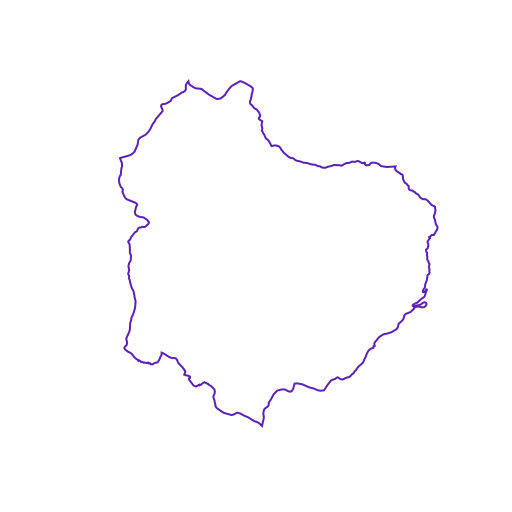 outline of Mutiscua, Norte de Santander, Colombia, rotated 35°
{"feature_id": "7082276B67639044969087", "entity_name": "Mutiscua", "entity_type": "district", "adm_level": 2, "iso_a3": "COL", "parent_name": "Colombia", "parent_adm1": "Norte de Santander", "projection": "albers", "projection_center": [-72.759, 7.314], "detail": "fine", "context": "isolated", "style": "outline", "palette": "violet", "viewbox_px": 512, "rotation_deg": 35, "n_neighbors": 0, "source": "geoboundaries", "source_scale": "gbopen_adm2", "svg_char_len": 6132}
<svg xmlns="http://www.w3.org/2000/svg" viewBox="0 0 512 512"><g transform="rotate(35 256 256)"><path d="M413.1,235.4L413.1,233.3L411.7,229.6L412.7,225.7L412.9,223.1L411.6,219.5L411.7,218.3L412.0,217.3L414.8,213.2L415.1,210.8L415.6,209.1L415.6,206.9L416.1,206.0L418.4,204.0L421.3,202.9L422.2,202.3L423.1,201.3L423.6,200.0L423.6,198.5L423.0,197.4L422.4,197.0L421.9,196.8L420.6,197.2L419.6,198.5L418.7,201.3L417.8,202.6L415.9,204.5L414.6,206.4L413.9,207.1L413.0,207.0L412.6,206.5L412.6,206.1L413.4,204.0L414.8,201.7L415.9,196.8L417.3,192.8L416.9,190.9L415.9,188.2L415.5,186.0L415.2,185.5L414.8,185.6L414.8,187.5L414.3,189.2L413.7,189.8L413.3,189.7L412.6,188.7L412.3,186.9L412.5,185.4L412.2,184.4L410.9,182.3L409.8,177.8L407.5,173.2L408.0,171.3L407.7,170.1L406.5,168.8L405.7,167.3L403.8,165.8L402.9,163.2L402.3,162.8L401.2,162.5L400.2,161.4L398.4,160.9L396.6,158.0L395.6,157.5L394.9,155.9L394.1,155.2L392.8,154.6L391.8,153.6L391.8,152.6L392.1,151.9L392.2,150.9L391.4,149.7L391.4,148.8L390.3,147.5L389.0,146.7L388.4,145.9L388.1,143.5L388.4,141.7L387.9,141.4L387.1,141.4L386.9,141.1L387.6,140.0L387.9,138.0L389.7,136.7L389.1,131.3L389.2,130.3L388.4,128.7L387.8,127.9L385.1,126.8L381.6,123.5L379.3,122.1L378.5,120.7L378.2,118.3L377.3,117.0L377.1,115.9L375.5,114.4L374.4,112.9L370.4,113.5L365.0,112.2L363.3,112.1L362.1,112.4L360.2,113.7L358.1,114.0L356.9,113.9L353.4,112.6L351.3,113.0L349.8,112.6L349.0,112.5L348.0,112.9L347.3,112.6L346.7,112.6L344.6,113.7L343.4,113.7L342.4,113.1L340.9,111.1L339.4,111.0L337.7,110.5L336.0,110.6L333.3,109.3L332.1,108.5L331.1,107.0L329.5,105.5L328.8,105.4L327.3,106.0L326.5,105.6L323.0,105.9L320.7,105.4L319.3,104.0L318.9,102.6L312.1,108.1L310.6,108.8L306.9,110.6L303.5,110.3L300.6,111.1L298.5,112.2L297.0,113.7L296.5,114.8L296.7,116.4L294.6,118.3L293.5,118.6L292.6,118.5L291.9,117.3L291.6,117.2L291.2,117.3L290.3,118.6L289.4,119.1L286.0,119.4L284.7,119.9L283.0,122.2L280.5,123.6L279.3,125.8L278.3,126.8L277.1,127.6L276.2,128.9L274.3,133.0L271.4,134.2L270.3,135.2L267.7,136.6L266.8,138.1L265.9,139.1L265.4,139.9L263.6,141.7L262.3,143.9L259.5,145.6L256.8,145.9L255.1,146.9L252.1,147.3L250.2,148.5L248.0,149.5L244.8,150.4L241.4,152.3L238.2,153.1L234.6,154.6L233.3,154.9L230.6,154.6L227.5,156.0L224.6,156.0L219.5,155.4L215.3,154.2L214.4,153.6L212.0,153.0L209.6,153.7L207.8,154.7L205.7,157.1L200.8,154.5L198.8,154.0L196.9,154.1L193.8,152.4L193.3,151.9L191.6,151.4L189.9,150.3L188.8,150.0L188.1,147.9L185.4,145.6L183.8,142.0L181.5,142.2L179.7,142.0L179.2,141.4L179.1,140.4L179.3,139.3L179.0,138.6L176.4,136.8L172.7,135.6L169.8,135.9L166.1,134.8L164.1,134.7L162.4,133.0L162.0,130.8L161.2,129.4L160.7,127.5L159.6,126.0L159.6,125.1L157.9,121.3L156.8,120.3L154.0,120.1L147.4,120.7L143.9,121.4L142.7,121.9L138.6,130.6L138.1,133.4L138.0,139.9L138.2,141.9L137.3,145.3L136.7,147.1L135.4,148.6L133.6,150.0L125.1,150.8L117.5,150.6L115.8,150.4L114.8,150.7L110.4,153.3L107.4,153.6L103.2,153.6L101.5,152.7L100.4,151.6L100.2,153.5L100.5,156.3L103.1,160.0L103.1,161.3L102.5,163.5L101.6,164.3L99.9,168.9L96.7,174.8L96.7,175.9L97.2,177.6L95.3,182.1L94.2,183.6L92.6,184.9L91.9,186.3L92.0,187.0L92.5,188.0L95.6,189.8L96.4,191.0L95.4,201.3L95.8,203.8L95.7,207.4L96.6,212.6L96.6,216.7L95.9,220.2L93.7,224.5L93.0,226.7L93.0,228.4L95.1,232.6L96.6,239.6L96.4,242.1L95.5,244.7L94.3,246.6L88.4,253.8L92.8,256.8L94.7,259.1L95.5,261.4L98.7,267.2L98.7,268.8L99.3,270.8L100.0,272.0L101.6,274.0L102.8,275.1L105.7,277.0L107.4,277.2L108.9,278.0L109.5,279.1L109.5,279.8L113.0,282.1L115.3,283.3L117.5,283.7L126.4,281.6L128.1,281.6L129.2,282.0L129.6,284.5L131.6,289.6L133.3,291.1L134.8,291.3L137.5,290.9L141.9,288.9L145.8,288.8L148.6,289.6L149.2,290.2L149.4,291.8L148.5,295.6L147.4,296.8L146.1,297.3L145.7,298.3L144.0,299.8L143.6,301.0L144.2,304.1L143.3,305.8L143.1,307.7L142.9,312.5L143.5,314.7L143.0,316.4L143.1,317.5L143.6,318.0L144.9,318.5L146.1,319.3L149.1,323.2L150.4,325.2L151.1,325.9L153.5,327.4L155.8,331.4L156.1,332.4L156.1,334.4L157.2,337.1L157.5,337.8L158.8,338.7L159.2,339.6L160.3,340.3L161.3,343.4L161.7,344.1L163.6,345.2L165.0,347.4L166.3,348.1L169.5,351.1L173.1,353.8L175.3,354.7L176.4,355.6L179.6,358.6L180.4,359.7L183.2,362.0L185.0,364.9L186.7,368.0L187.9,371.3L188.9,374.7L189.3,377.8L190.5,380.0L191.4,383.1L194.6,388.2L195.7,390.8L196.9,397.6L197.6,398.6L200.0,400.8L200.8,402.3L201.0,403.2L200.7,405.2L200.8,406.8L202.2,407.6L205.7,407.9L207.2,407.5L210.1,407.4L215.9,409.0L218.5,408.9L219.7,409.4L219.9,408.5L222.0,408.5L222.8,408.7L223.1,408.2L224.0,407.9L225.1,407.9L226.6,406.8L228.4,406.1L228.7,405.2L230.0,405.4L230.3,404.8L231.0,404.7L231.8,405.1L233.4,404.1L234.5,401.5L236.4,399.6L236.3,396.5L235.4,392.9L235.5,391.4L234.1,389.3L236.6,388.8L242.1,388.6L244.9,388.1L248.5,386.0L249.7,386.0L251.0,386.5L253.8,388.2L260.1,389.5L263.6,390.7L264.3,391.1L264.9,392.5L265.3,394.4L267.1,393.9L269.4,392.8L271.1,392.7L271.8,393.6L271.3,394.5L271.4,395.0L271.7,395.5L279.0,397.9L281.1,397.6L281.7,397.2L283.3,394.0L283.9,394.4L284.8,392.8L285.2,391.0L286.1,389.1L287.6,388.7L289.2,388.6L289.6,388.2L291.5,388.5L294.4,388.4L298.3,389.1L299.8,390.3L300.9,392.3L301.6,395.4L302.3,396.4L305.1,398.3L305.5,399.0L308.3,401.3L308.8,402.2L310.7,403.0L312.7,403.1L319.5,403.0L327.2,400.3L328.7,398.6L330.0,395.8L330.6,395.1L333.5,394.0L337.2,393.7L342.4,392.6L349.5,392.3L350.5,391.8L353.3,391.2L355.2,391.2L358.4,391.8L355.2,383.9L352.5,381.0L351.5,379.2L350.7,376.9L350.8,375.7L352.0,372.5L352.0,371.0L350.5,368.7L350.5,365.0L349.8,359.3L350.5,354.3L352.4,351.9L354.5,349.8L356.5,348.7L359.9,348.3L361.8,347.6L362.7,346.3L362.6,343.4L360.8,338.5L362.3,337.0L367.3,334.6L374.9,333.1L379.1,331.5L384.3,330.3L386.2,329.3L388.7,327.1L388.6,320.0L388.8,315.4L389.3,314.1L391.4,311.1L392.1,309.1L392.6,308.5L395.4,308.4L396.8,308.1L397.8,307.5L399.3,304.8L400.7,302.8L401.5,302.1L402.2,300.7L402.4,298.1L403.2,295.7L402.9,293.9L403.4,292.3L403.2,290.6L403.3,288.4L404.7,282.5L404.7,281.4L404.0,278.4L403.9,276.7L402.8,272.5L402.5,269.5L402.5,268.5L402.9,266.7L404.8,263.7L404.0,262.5L404.8,261.6L403.3,260.1L402.8,258.7L403.4,251.8L405.2,247.2L407.7,244.6L410.5,241.0L413.1,235.4Z" fill="none" stroke="#5b21b6" stroke-width="2"/></g></svg>